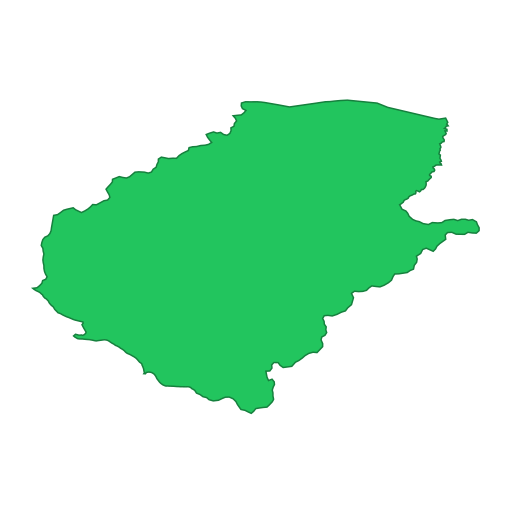 outline of Rio Preto da Eva, Amazonas, Brazil, rotated 91°
{"feature_id": "56859067B18065173941259", "entity_name": "Rio Preto da Eva", "entity_type": "district", "adm_level": 2, "iso_a3": "BRA", "parent_name": "Brazil", "parent_adm1": "Amazonas", "projection": "equal_earth", "projection_center": [-59.598, -2.513], "detail": "fine", "context": "isolated", "style": "filled", "palette": "green", "viewbox_px": 512, "rotation_deg": 91, "n_neighbors": 0, "source": "geoboundaries", "source_scale": "gbopen_adm2", "svg_char_len": 5739}
<svg xmlns="http://www.w3.org/2000/svg" viewBox="0 0 512 512"><g transform="rotate(91 256 256)"><path d="M413.4,258.0L411.3,255.6L408.6,253.6L407.9,250.1L407.3,246.1L406.9,242.4L404.8,240.2L401.5,237.2L400.0,236.4L398.9,235.9L395.8,236.6L392.5,236.7L389.8,237.4L386.7,236.5L384.2,235.3L381.5,235.6L378.9,237.8L380.3,241.3L376.9,242.9L371.0,244.1L370.7,240.2L367.8,238.1L364.6,238.4L362.2,236.3L362.2,232.0L364.9,230.0L367.0,226.9L365.7,218.3L361.5,214.7L359.8,211.4L357.2,207.9L354.8,205.3L352.5,201.6L351.2,197.3L351.5,193.3L345.5,187.8L342.5,187.8L338.7,189.5L335.8,188.8L334.1,185.7L331.3,184.0L328.7,184.9L325.6,184.6L323.0,186.5L320.1,186.8L317.3,188.3L314.5,186.7L314.1,183.1L314.6,178.7L313.0,174.1L310.7,169.7L309.3,165.6L306.2,163.4L303.0,159.7L296.0,157.8L291.7,159.9L289.5,156.9L289.8,152.8L289.5,148.6L288.4,144.9L285.9,142.5L283.9,139.7L284.4,135.3L284.7,131.5L283.0,127.4L280.4,123.1L277.8,120.1L274.1,118.6L271.6,117.0L271.3,112.7L269.9,104.5L267.8,101.6L266.4,98.3L262.6,97.6L259.5,95.3L256.2,94.8L253.4,95.6L250.6,91.4L246.6,89.5L245.2,85.9L248.2,78.9L245.8,76.6L243.1,75.3L240.3,72.4L236.0,66.6L231.7,67.2L229.2,64.9L228.9,60.6L230.7,56.3L230.7,47.8L228.6,44.5L229.2,40.1L229.3,36.1L226.8,33.4L223.9,33.4L220.7,35.2L218.0,36.2L215.8,40.2L216.6,44.0L215.6,47.3L215.7,51.2L217.1,54.9L215.9,58.8L216.3,62.4L217.2,67.6L219.4,70.8L219.8,74.8L219.5,80.3L220.5,82.2L221.5,84.1L220.7,89.5L218.8,93.3L218.1,96.7L216.7,100.0L213.6,103.6L210.7,105.0L208.4,106.9L206.7,110.8L202.2,113.3L201.4,111.9L200.6,110.9L199.6,109.7L197.7,108.8L196.9,107.4L196.4,106.1L195.5,104.8L194.3,104.3L193.3,103.2L192.2,100.6L191.4,99.4L191.1,97.7L190.0,97.2L188.7,97.4L187.8,96.8L188.2,95.4L189.0,93.6L188.0,92.5L186.6,91.7L186.6,90.2L185.3,88.7L183.8,87.8L182.3,87.2L181.1,87.1L180.1,87.2L178.7,87.3L178.1,85.6L176.9,84.6L175.6,83.4L174.5,82.2L173.2,82.2L172.5,83.8L171.4,83.9L170.5,82.9L168.9,81.5L168.4,79.5L167.0,78.8L165.7,79.4L165.0,80.4L163.9,80.7L163.2,79.1L162.0,77.7L161.8,76.1L161.8,73.6L161.8,72.1L160.6,72.5L159.9,73.6L158.8,74.0L158.1,72.3L156.7,72.8L155.1,73.8L153.4,73.6L151.9,73.4L150.7,74.9L149.2,74.5L148.0,74.3L147.0,73.6L145.6,74.0L144.3,73.1L143.2,73.2L141.9,73.8L140.6,74.3L140.0,72.8L138.7,71.7L138.3,70.0L136.7,69.8L135.6,70.5L134.5,71.2L133.2,71.4L132.3,70.2L131.3,68.6L130.3,68.0L127.7,69.2L127.7,67.2L126.0,67.3L125.1,69.8L124.3,68.8L122.9,68.1L122.5,66.1L121.6,66.8L120.8,67.7L119.0,66.6L114.8,68.8L116.0,75.5L115.3,79.8L105.1,126.9L103.7,130.5L103.2,131.8L101.0,137.6L98.6,167.4L99.1,174.4L99.7,180.0L100.3,184.4L100.6,189.4L102.1,198.3L104.5,213.3L106.4,225.1L104.5,236.4L102.4,249.9L102.0,253.7L101.8,257.5L101.9,260.7L102.0,265.0L102.0,269.2L103.3,273.2L106.2,273.4L108.9,272.1L110.6,268.6L112.9,270.4L115.2,273.2L115.6,276.7L116.2,281.3L117.2,280.4L118.7,279.0L121.3,277.8L123.9,279.9L126.7,280.3L128.3,283.3L131.1,283.1L133.9,284.3L135.8,287.0L135.1,290.5L133.0,293.6L133.8,297.2L132.7,300.6L134.0,304.5L135.4,307.9L138.1,306.5L140.7,304.5L143.2,302.3L145.2,305.3L146.1,308.8L146.5,313.2L147.6,317.3L147.9,321.3L148.8,324.8L151.7,325.5L153.2,328.6L154.9,331.8L156.9,334.6L159.7,337.2L159.7,341.0L160.1,345.2L159.4,348.9L158.8,352.4L160.8,355.3L163.6,355.3L166.1,356.6L169.0,357.4L171.0,360.3L173.9,362.0L175.0,365.2L174.1,369.0L173.9,374.7L174.3,378.5L176.6,381.1L178.9,383.7L180.3,386.9L179.8,390.6L179.0,394.1L180.4,397.4L181.8,400.8L184.5,400.9L187.0,402.9L189.3,405.0L191.8,407.1L194.7,405.5L197.3,403.9L200.0,403.1L202.7,405.4L203.4,409.0L205.9,413.4L207.6,416.5L207.4,420.2L209.8,422.4L211.9,424.8L213.9,427.9L215.6,431.3L212.9,437.2L211.0,439.6L212.5,445.7L213.6,449.2L215.9,452.1L218.1,455.1L218.9,459.0L231.5,461.0L234.2,461.3L237.2,462.5L239.5,464.5L240.9,467.5L243.3,469.4L246.1,470.3L249.2,470.9L252.1,469.2L254.8,468.9L257.7,468.1L260.7,468.7L263.7,469.0L266.4,468.6L269.2,467.9L272.2,467.8L275.1,467.2L277.8,466.1L280.4,464.5L282.9,465.8L284.3,468.9L287.0,469.6L289.4,471.8L291.6,474.4L292.2,478.6L293.3,477.2L294.5,475.2L295.4,473.1L296.3,471.4L297.6,470.0L298.6,468.7L299.7,468.2L300.8,467.3L301.9,466.2L302.6,464.8L303.5,464.0L304.4,463.0L305.4,462.5L306.8,461.7L308.0,460.6L309.0,459.7L310.2,458.0L311.5,457.1L312.6,456.5L313.7,455.5L314.9,454.2L316.2,453.0L316.8,451.1L317.3,449.9L318.2,448.4L318.9,446.9L319.4,445.8L320.1,444.2L320.8,442.0L321.5,440.4L322.0,439.1L322.6,437.7L323.2,435.8L325.0,427.9L326.3,427.7L327.7,428.8L330.7,427.2L335.0,424.6L336.2,424.9L337.6,426.3L338.4,427.8L338.0,429.1L338.2,430.5L338.2,431.9L337.8,433.4L337.4,435.1L339.1,437.0L340.2,435.7L341.0,434.2L341.7,433.1L342.0,431.3L342.0,429.5L342.0,428.1L342.2,426.2L342.4,423.4L342.5,421.1L342.8,419.4L343.0,418.0L343.4,416.3L343.7,414.3L343.4,412.7L343.1,410.8L342.9,409.5L342.4,406.2L342.6,404.1L343.1,402.5L343.8,401.3L344.8,399.8L345.6,398.6L346.6,396.6L347.8,395.0L348.4,393.3L349.4,391.4L350.7,389.6L351.8,387.6L353.0,386.0L354.2,384.9L355.2,383.7L355.9,382.3L356.5,380.7L357.2,379.3L358.1,377.7L359.0,376.0L360.3,374.1L361.7,372.7L363.1,371.5L364.2,370.5L364.9,369.4L365.9,368.3L367.4,367.9L368.5,367.3L369.6,366.9L370.5,366.5L372.0,366.2L373.5,365.9L374.6,365.5L375.6,366.1L375.7,364.5L374.3,363.5L373.9,361.2L374.1,359.2L374.6,357.7L376.1,355.5L377.4,354.6L378.3,353.9L379.3,353.5L380.7,352.7L382.3,351.4L383.6,350.4L384.9,349.1L386.4,347.0L387.2,345.1L387.6,343.8L387.5,342.1L387.6,340.7L387.6,339.2L387.7,335.6L387.9,333.1L387.9,331.1L388.0,329.7L388.0,326.1L388.0,323.8L387.9,322.1L388.0,320.6L388.7,318.9L389.6,318.1L390.4,316.5L391.4,314.9L394.1,313.1L395.5,309.5L397.6,306.6L398.4,302.9L400.5,300.4L401.6,296.2L400.9,291.0L399.1,287.4L397.7,284.2L397.5,280.3L399.2,276.3L401.9,273.5L404.9,271.9L409.7,268.4L410.5,264.3L412.0,261.2L413.4,258.0Z" fill="#22c55e" stroke="#15803d" stroke-width="1.5"/></g></svg>